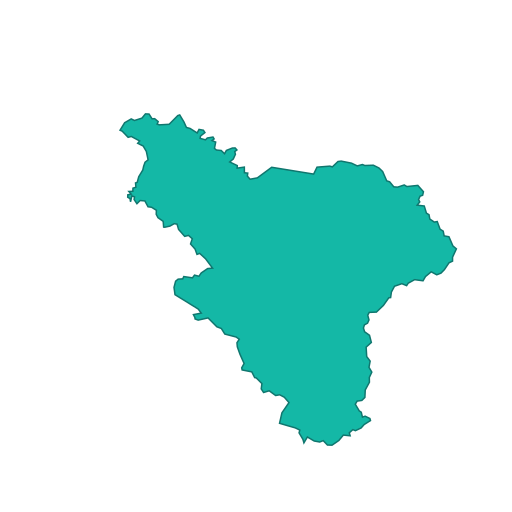 Jayuya, Puerto Rico, rotated 299°
{"feature_id": "32010507B17453471751527", "entity_name": "Jayuya", "entity_type": "district", "adm_level": 2, "iso_a3": "PRI", "parent_name": "Puerto Rico", "parent_adm1": "", "projection": "mercator", "projection_center": [-66.589, 18.225], "detail": "fine", "context": "isolated", "style": "filled", "palette": "teal", "viewbox_px": 512, "rotation_deg": 299, "n_neighbors": 0, "source": "geoboundaries", "source_scale": "gbopen_adm2", "svg_char_len": 3157}
<svg xmlns="http://www.w3.org/2000/svg" viewBox="0 0 512 512"><g transform="rotate(299 256 256)"><path d="M315.4,80.4L308.9,76.5L300.1,76.1L300.3,78.5L297.8,86.6L300.1,89.0L300.2,98.5L297.2,97.9L297.5,104.0L294.3,109.4L287.8,115.0L284.2,113.5L280.0,114.2L276.3,115.3L268.5,115.0L262.8,116.4L261.5,115.2L257.9,117.6L255.7,115.5L252.9,116.9L250.8,113.5L249.6,116.8L247.4,114.2L245.2,115.3L245.1,118.0L242.6,120.0L248.4,118.3L248.8,121.1L246.3,122.0L244.0,126.5L248.3,127.7L250.3,132.1L246.7,137.7L248.0,141.0L247.7,146.7L244.1,148.5L242.0,151.7L241.3,158.0L236.5,161.2L236.9,162.2L240.4,166.2L244.6,168.8L245.6,171.5L241.7,175.4L238.6,184.1L241.3,187.0L240.2,191.9L234.8,192.9L232.5,199.4L228.8,203.6L231.0,205.5L229.1,213.3L224.3,223.9L221.6,219.8L214.6,216.3L210.6,215.9L209.5,211.5L206.1,211.0L203.0,202.8L200.5,203.0L198.0,199.1L195.0,197.9L188.8,199.5L182.9,203.9L181.6,231.1L179.5,235.8L174.4,229.7L172.5,232.5L171.4,233.2L171.9,236.5L178.6,244.1L175.1,256.1L175.8,260.8L172.6,266.6L175.5,277.9L175.1,281.7L170.9,281.4L167.5,283.7L162.3,289.6L156.2,297.7L151.3,297.7L149.6,299.1L152.6,308.5L149.0,313.8L149.5,315.3L147.3,323.0L142.3,325.0L140.3,328.8L144.5,332.9L143.5,340.8L146.1,344.0L146.2,349.2L143.8,355.9L131.4,354.7L121.1,357.7L122.8,365.4L124.7,373.6L125.0,378.7L122.2,379.4L118.4,385.9L115.8,388.5L122.6,388.7L122.4,396.6L124.2,401.9L127.1,404.3L125.3,410.1L127.4,414.2L134.8,417.9L141.7,419.2L144.4,425.5L146.6,423.3L151.1,424.9L151.4,427.6L156.5,431.3L161.0,432.3L167.6,435.9L169.1,434.4L168.8,429.1L166.7,427.2L170.4,423.8L170.6,421.4L174.5,414.7L178.1,414.8L181.0,418.6L185.1,419.8L191.8,416.5L200.6,416.4L204.7,414.0L210.6,413.6L213.4,408.8L219.4,406.8L221.7,401.6L229.7,396.5L236.3,398.8L241.7,393.7L242.4,387.7L245.1,384.9L248.3,384.2L251.3,386.1L254.9,385.8L258.1,382.7L258.5,382.4L261.6,382.4L265.3,388.5L274.6,391.4L283.8,392.4L284.9,393.9L290.1,391.9L296.7,391.8L302.5,397.0L303.1,402.1L306.0,402.3L312.2,406.2L315.3,414.1L320.2,414.2L327.1,416.9L327.2,423.2L330.7,426.1L335.4,427.4L343.6,428.1L346.8,430.4L350.2,428.5L359.4,427.8L360.3,423.3L366.4,415.4L364.8,410.8L368.5,407.7L368.7,404.0L374.0,397.8L372.1,395.5L372.6,390.1L376.0,387.3L376.1,384.3L381.3,378.9L378.6,372.3L382.7,373.0L384.2,370.8L387.9,370.5L389.9,372.3L393.4,371.3L396.2,363.3L389.9,354.3L390.0,351.2L384.9,346.5L383.3,343.0L385.7,336.9L385.1,333.9L391.3,325.8L392.6,320.9L392.3,314.6L387.9,307.3L387.6,304.7L383.9,300.9L383.5,294.5L380.3,284.5L378.4,281.9L371.0,279.6L370.4,277.0L363.3,266.3L355.6,266.7L347.1,243.1L341.2,226.7L325.0,219.3L320.3,213.6L321.7,209.7L324.5,208.6L323.2,205.5L328.1,202.7L323.7,196.9L326.0,195.8L325.5,187.4L329.8,189.1L335.0,188.7L337.0,186.8L339.5,187.9L340.4,185.4L339.0,183.0L334.0,178.9L330.2,178.9L331.4,174.4L329.5,170.0L330.0,167.5L336.1,165.5L335.6,161.5L338.1,162.6L339.2,160.7L335.6,156.2L333.1,155.5L331.8,150.1L334.0,149.3L339.2,151.5L340.5,149.0L339.1,144.8L335.1,144.9L335.6,136.5L334.7,132.8L338.3,128.0L342.4,120.9L340.9,119.5L329.1,116.2L323.8,107.8L323.4,105.6L326.1,105.3L327.0,100.8L325.6,98.6L328.3,93.6L326.7,90.4L321.3,89.4L315.6,84.0L315.4,80.4Z" fill="#14b8a6" stroke="#0f766e" stroke-width="1.5"/></g></svg>